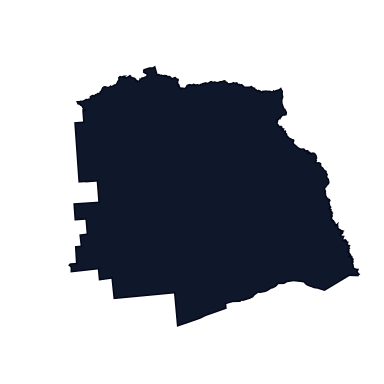 outline of Burruyacú, Tucumán, Argentina, rotated 74°
{"feature_id": "61730980B16369231979992", "entity_name": "Burruyacú", "entity_type": "district", "adm_level": 2, "iso_a3": "ARG", "parent_name": "Argentina", "parent_adm1": "Tucumán", "projection": "mercator", "projection_center": [-64.978, -26.55], "detail": "fine", "context": "isolated", "style": "filled", "palette": "ink", "viewbox_px": 384, "rotation_deg": 74, "n_neighbors": 0, "source": "geoboundaries", "source_scale": "gbopen_adm2", "svg_char_len": 5741}
<svg xmlns="http://www.w3.org/2000/svg" viewBox="0 0 384 384"><g transform="rotate(74 192 192)"><path d="M318.1,55.5L317.3,55.1L317.1,54.1L316.0,54.8L313.5,55.3L313.1,55.0L312.6,53.9L312.1,53.8L312.0,55.3L311.3,55.6L311.1,56.3L309.9,57.5L309.1,57.8L306.2,57.3L305.1,57.9L304.1,56.8L303.2,57.1L303.0,56.4L301.3,56.8L301.3,55.9L301.0,55.7L300.3,56.2L300.5,56.8L300.3,57.0L299.5,56.4L298.3,56.3L298.3,57.4L297.8,58.6L297.4,58.8L297.3,58.4L296.7,58.1L297.2,57.3L296.9,56.9L294.0,57.7L292.6,58.8L292.2,58.6L292.5,58.2L292.4,57.7L291.5,57.3L289.8,57.4L289.6,56.3L288.4,56.6L287.4,56.0L287.1,55.4L286.8,55.6L285.9,57.3L285.4,57.6L283.3,56.1L282.3,58.2L281.6,58.4L282.0,57.3L281.8,57.0L280.2,57.8L280.1,58.1L280.6,59.3L279.8,59.9L279.7,60.3L276.9,59.1L276.5,58.6L275.7,60.7L274.7,60.9L274.3,61.5L274.1,61.4L273.6,60.1L273.1,60.6L272.7,60.3L273.2,59.2L273.0,58.6L272.3,58.3L271.6,58.8L271.2,57.6L270.5,58.6L270.7,59.2L269.1,60.0L268.7,61.4L268.2,61.0L266.8,61.9L265.7,61.4L263.7,61.3L262.9,60.9L263.3,61.6L263.2,62.3L264.1,62.7L263.7,63.5L261.3,63.2L259.6,63.8L259.5,64.4L258.7,64.1L258.7,65.0L257.5,64.8L256.4,65.9L255.7,65.5L255.7,65.0L254.0,65.1L254.1,64.1L252.9,63.8L252.8,64.5L252.1,64.8L251.0,62.9L250.6,63.3L249.5,63.2L249.1,64.3L248.7,63.9L247.7,63.8L247.7,63.4L247.4,63.3L246.9,64.4L246.0,64.3L245.7,64.7L245.1,63.8L245.4,63.2L244.8,62.9L243.3,63.5L239.3,63.2L238.4,61.9L237.2,62.0L237.2,63.0L235.4,63.3L234.9,64.5L233.2,64.2L232.7,64.9L229.7,64.0L228.7,64.6L228.2,63.6L225.5,63.8L224.2,62.9L223.9,61.9L223.2,61.3L221.4,58.4L220.4,57.8L217.3,57.5L215.1,58.6L213.5,58.1L212.6,57.3L209.7,58.0L209.2,57.5L207.4,59.2L206.8,59.2L206.4,59.7L205.6,59.5L202.8,61.3L200.1,60.6L198.8,62.1L198.7,63.6L197.9,64.9L197.3,65.3L196.2,63.9L194.4,63.9L193.7,62.9L190.9,62.8L188.9,63.6L188.4,64.1L187.9,65.2L187.8,66.5L188.3,67.4L186.6,67.8L186.1,68.3L186.8,69.8L185.1,69.2L184.2,69.4L183.7,72.1L183.1,71.9L181.5,72.7L181.0,75.1L180.1,76.6L178.9,77.7L178.6,78.5L177.0,78.8L176.7,79.4L175.6,79.8L175.3,80.6L174.3,80.7L173.5,81.6L171.4,80.7L170.9,80.1L169.9,80.1L169.5,81.3L168.0,82.6L167.3,83.7L166.0,84.3L165.5,84.9L165.0,84.8L164.2,85.4L162.2,85.2L162.0,85.9L161.3,85.9L160.9,86.4L160.0,85.6L159.3,85.5L159.4,86.2L159.0,86.7L157.6,87.6L156.7,86.6L156.1,87.7L156.3,88.6L154.4,87.8L153.5,88.4L154.0,89.7L153.1,89.6L152.8,90.4L151.7,91.0L151.0,90.8L149.9,91.7L147.4,90.3L146.3,90.5L146.2,89.0L145.2,87.7L145.6,87.1L144.6,86.8L144.6,85.9L143.7,85.1L143.1,83.4L143.5,82.1L143.5,80.3L141.6,79.4L138.1,80.0L137.6,80.6L136.6,80.9L131.7,81.2L128.3,80.4L125.6,78.6L123.0,78.5L120.0,77.4L118.5,78.0L117.0,78.1L117.8,79.9L117.8,83.5L118.2,83.8L118.4,84.4L117.3,85.7L117.9,86.3L118.0,87.7L117.2,88.5L117.0,89.4L116.5,89.7L116.5,90.6L115.5,92.8L114.8,96.2L115.7,96.6L115.4,97.2L114.9,97.5L114.7,98.3L113.8,98.7L112.7,100.1L113.0,101.5L111.6,102.1L110.8,103.3L109.6,103.2L108.2,105.5L107.5,105.4L106.9,106.0L107.3,107.1L105.9,112.6L102.6,114.6L102.2,117.1L101.7,116.9L101.2,118.8L100.0,118.5L99.3,119.4L99.5,120.7L98.4,121.9L98.8,124.9L98.4,125.4L98.4,126.7L97.3,128.2L96.7,128.1L96.0,128.5L95.8,129.4L95.1,130.0L94.4,129.7L94.0,130.4L94.2,133.2L93.7,134.6L94.1,136.4L93.6,138.3L92.4,140.1L92.8,140.8L92.5,141.1L92.6,141.6L91.2,143.1L91.2,143.8L92.1,146.9L91.3,148.1L91.5,148.8L90.9,149.0L90.9,150.0L91.2,150.5L91.0,150.8L91.3,150.9L91.2,151.8L90.8,152.1L91.7,153.8L91.0,154.0L91.0,154.5L91.7,155.1L91.5,155.8L90.4,157.1L90.3,157.7L90.7,158.6L90.2,159.0L90.6,159.9L89.8,159.6L88.9,160.8L89.5,163.3L88.7,163.5L88.1,165.0L88.2,167.1L88.7,167.8L89.4,168.0L89.7,168.9L90.6,169.4L90.5,170.3L89.4,173.1L89.9,173.0L90.1,174.0L89.7,174.8L88.6,174.8L87.3,175.4L86.7,175.0L85.9,175.9L85.0,175.2L83.7,176.1L81.1,175.0L80.6,174.4L79.9,174.4L79.0,175.9L77.4,176.5L77.3,177.6L77.9,179.4L77.8,179.8L77.3,179.9L77.2,180.7L76.3,180.8L75.6,181.5L75.2,181.4L74.7,182.0L74.8,182.8L74.4,183.2L74.7,183.8L73.8,184.6L73.4,184.4L72.7,185.5L72.0,188.6L71.2,189.4L71.2,190.5L69.9,191.5L70.2,193.3L61.4,193.3L62.0,195.4L61.1,198.8L61.3,204.5L63.4,205.5L64.6,204.5L66.1,202.5L68.5,203.5L69.0,207.9L68.7,208.3L69.1,208.4L69.1,209.1L69.6,209.6L69.6,210.7L69.3,210.8L70.3,211.4L70.9,212.2L70.5,213.6L69.8,214.3L70.5,214.4L69.7,215.2L68.0,215.2L66.7,216.1L66.3,216.8L66.6,217.6L65.5,218.0L64.5,219.4L63.6,219.2L63.6,219.7L63.1,219.8L63.8,221.7L64.0,223.6L63.7,224.8L63.0,225.6L62.5,225.5L62.2,224.7L61.9,225.9L62.3,227.6L61.2,229.3L61.9,230.8L64.7,231.4L65.0,232.5L67.0,234.2L68.1,235.7L67.8,237.2L68.3,238.4L68.6,240.6L67.8,241.1L68.4,242.2L68.6,243.9L66.9,246.5L66.7,247.5L67.3,249.1L69.9,251.3L70.6,252.7L72.0,253.4L71.4,255.5L72.0,256.6L71.9,257.9L72.8,259.4L71.9,260.6L72.0,262.2L72.6,263.6L74.1,263.7L74.8,264.5L74.3,265.5L74.7,266.5L73.9,267.9L74.6,271.1L74.7,272.7L74.1,273.8L74.3,274.6L73.6,277.5L75.9,277.2L76.4,276.0L77.2,275.4L77.2,274.9L77.7,274.6L78.0,274.9L78.7,274.0L80.5,273.7L81.1,273.2L82.0,273.4L82.4,273.9L83.3,273.8L83.3,273.2L83.9,271.8L84.2,272.0L84.3,272.9L84.0,274.4L95.1,276.7L93.3,285.4L151.1,297.7L152.6,290.9L152.9,291.0L155.2,279.9L176.3,284.2L171.0,308.6L186.5,311.9L188.7,301.2L203.7,304.2L202.6,311.4L213.7,313.3L212.6,318.9L229.0,322.6L227.7,328.9L228.5,330.2L230.9,328.7L235.3,330.0L239.9,303.0L250.8,305.1L252.6,292.5L272.8,296.1L284.0,236.4L316.7,242.7L315.4,218.8L314.3,213.0L313.0,191.4L308.6,190.6L308.4,189.2L308.4,183.1L310.2,176.0L309.4,174.2L310.1,172.6L309.9,165.6L309.4,162.6L308.0,160.7L306.5,156.5L306.5,155.6L307.1,154.4L307.6,149.3L307.4,147.0L306.1,142.7L306.2,141.0L305.6,137.7L303.6,134.4L304.9,129.9L305.0,128.1L304.2,125.6L305.1,118.8L308.4,110.7L309.3,109.1L310.0,108.4L310.8,108.4L313.0,106.9L315.7,103.4L315.9,102.6L316.8,101.9L318.1,99.8L318.6,98.2L322.9,91.7L315.4,63.8L318.1,55.5Z" fill="#0f172a" stroke="#020617" stroke-width="1.5"/></g></svg>